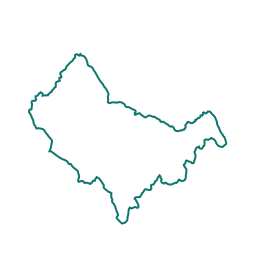 the district of Ikolomani, Western, Kenya, rotated 339°
{"feature_id": "3690345B71377831828194", "entity_name": "Ikolomani", "entity_type": "district", "adm_level": 2, "iso_a3": "KEN", "parent_name": "Kenya", "parent_adm1": "Western", "projection": "equal_earth", "projection_center": [34.717, 0.194], "detail": "fine", "context": "isolated", "style": "outline", "palette": "teal", "viewbox_px": 256, "rotation_deg": 339, "n_neighbors": 0, "source": "geoboundaries", "source_scale": "gbopen_adm2", "svg_char_len": 5835}
<svg xmlns="http://www.w3.org/2000/svg" viewBox="0 0 256 256"><g transform="rotate(339 128 128)"><path d="M87.2,213.3L88.2,215.0L89.1,215.1L90.2,215.3L91.2,215.3L92.2,215.0L93.8,214.2L94.6,213.3L95.2,212.2L95.6,210.9L96.4,210.1L97.2,208.9L98.5,206.2L99.5,204.4L100.2,203.6L101.2,202.9L102.1,204.2L103.1,204.4L104.0,204.3L104.9,204.2L105.6,204.2L106.5,204.5L107.2,205.0L107.9,205.8L109.0,205.9L109.6,205.3L110.0,204.3L110.0,202.0L109.9,200.7L109.7,199.3L109.4,197.9L108.8,196.4L110.0,195.5L110.9,195.6L111.8,196.0L113.1,196.2L114.2,196.7L115.0,196.3L116.0,195.4L117.2,194.7L117.8,193.8L118.7,193.6L119.4,193.2L121.4,191.6L122.2,191.3L124.9,193.1L126.7,193.9L128.2,192.8L128.5,191.1L129.1,189.6L130.2,189.5L131.1,189.9L132.8,189.2L133.6,188.1L134.5,187.3L135.5,187.4L136.6,186.7L137.3,185.7L137.9,185.0L138.6,184.6L139.5,184.2L140.5,183.5L141.0,184.9L140.5,186.1L140.9,187.0L141.0,188.1L140.3,188.7L139.8,189.8L140.1,191.2L141.0,192.2L141.8,192.8L142.9,192.3L144.1,193.2L145.5,195.1L146.7,195.7L148.0,196.3L151.4,196.2L152.3,196.0L153.4,196.6L154.5,196.2L155.3,195.8L155.9,195.4L156.8,194.5L157.7,195.0L158.1,195.8L158.7,196.5L159.8,196.9L160.9,197.1L161.8,197.0L162.9,196.5L163.8,195.6L164.3,194.7L165.1,192.7L166.7,190.0L167.3,188.8L167.7,187.4L167.2,185.5L166.8,183.4L166.8,182.4L167.6,182.1L168.3,181.9L169.0,181.3L170.2,179.5L171.0,179.3L172.7,181.0L173.8,181.7L174.5,182.6L175.2,183.8L176.3,184.2L177.1,183.8L179.8,180.4L180.4,179.4L181.0,178.2L181.4,176.8L181.3,175.7L181.4,174.4L183.2,172.5L184.0,171.8L184.7,171.0L186.4,170.8L187.6,170.9L187.2,171.8L187.8,172.8L188.5,173.4L189.5,173.8L191.8,172.1L192.8,171.9L193.4,170.9L194.0,169.9L194.4,168.4L194.7,167.2L195.5,166.6L196.9,166.6L198.5,167.8L200.1,167.7L201.1,167.5L202.2,167.2L202.7,167.9L204.1,169.2L204.9,171.2L205.0,172.3L204.9,173.9L205.3,175.2L205.7,176.4L206.3,177.3L207.1,178.2L208.2,178.9L209.5,179.6L210.6,179.2L211.4,178.8L212.9,178.5L213.9,178.0L214.4,177.0L214.7,173.7L214.7,172.3L214.8,171.1L214.1,170.0L214.0,168.4L213.1,165.0L213.0,164.0L212.9,159.8L212.6,158.3L212.6,156.9L212.8,155.6L213.1,154.2L213.3,152.8L213.1,151.8L213.1,149.2L212.3,146.5L211.5,145.3L211.2,144.1L210.4,142.1L209.4,141.7L208.7,141.2L208.0,141.7L206.0,142.3L205.2,141.9L204.6,140.7L203.5,140.6L202.5,142.5L201.8,143.0L201.1,142.4L200.2,142.3L199.5,143.5L198.3,144.1L197.4,143.8L196.7,143.8L196.0,144.4L195.1,144.6L193.9,144.5L193.4,145.9L192.3,145.7L190.5,146.5L188.6,146.1L188.0,145.6L187.4,144.7L186.5,144.1L185.8,143.8L183.4,145.5L182.4,146.0L182.3,147.2L181.9,148.4L180.8,148.8L180.0,149.6L179.2,149.3L178.5,149.5L177.8,149.6L177.1,149.3L176.3,149.1L175.3,149.2L174.2,149.0L172.2,148.3L171.3,147.3L170.9,146.2L170.8,144.8L170.6,143.6L170.0,142.4L168.2,142.0L167.5,141.2L167.0,140.4L166.5,139.2L165.2,137.7L164.7,136.9L163.0,134.7L162.3,134.3L161.2,134.3L160.6,133.6L160.6,132.1L159.3,130.3L158.4,129.5L157.2,127.6L156.5,126.8L155.5,126.6L154.4,125.6L153.2,124.4L152.4,124.0L151.6,123.9L150.6,124.0L148.1,124.4L147.1,123.6L146.7,122.7L145.1,120.6L144.6,119.6L144.2,118.4L142.9,118.1L140.3,118.3L139.5,118.3L139.2,117.3L139.7,116.4L140.6,116.1L141.2,115.2L140.9,113.9L139.6,112.7L137.0,109.8L136.4,109.0L135.7,108.5L134.7,108.2L133.6,107.4L133.2,104.8L132.8,103.7L132.0,102.9L131.4,102.0L130.7,101.6L129.9,101.0L129.0,100.6L127.9,100.7L127.0,100.4L126.1,99.9L125.2,99.7L123.8,98.9L123.0,98.6L122.1,98.3L121.1,98.4L119.3,97.9L118.5,96.8L119.6,94.6L119.9,93.0L120.4,91.6L121.1,90.6L121.7,90.0L122.0,89.0L122.0,87.6L121.7,84.9L121.5,83.7L120.9,81.6L120.3,80.2L120.4,78.7L119.0,74.6L118.2,70.5L117.4,64.6L117.1,63.3L116.6,61.5L116.6,60.1L116.4,59.2L115.9,58.1L114.2,56.4L113.5,55.8L113.2,54.8L113.2,53.6L113.6,52.0L113.6,48.5L113.2,46.6L112.7,45.4L111.7,44.3L110.2,43.5L110.1,41.9L109.3,42.2L108.5,42.9L107.7,42.2L107.1,41.1L106.4,40.7L105.1,40.7L104.4,41.7L104.1,42.9L103.2,43.6L102.1,43.8L100.6,45.2L97.6,46.2L92.9,48.3L92.0,49.5L91.2,50.3L89.8,51.0L88.8,50.9L87.8,51.2L86.8,51.6L85.4,51.8L84.2,52.7L84.2,54.6L84.3,56.3L83.5,56.9L82.6,56.6L81.8,56.6L81.4,57.9L81.2,59.5L79.2,59.3L78.2,59.4L77.1,59.7L76.3,60.7L76.1,61.9L75.7,62.8L75.1,63.8L74.1,63.9L73.5,64.4L72.6,64.7L71.8,65.3L71.0,65.5L70.3,66.0L69.8,66.8L69.0,66.7L68.2,67.0L67.4,67.5L66.6,67.6L65.7,67.9L65.1,68.8L62.9,68.1L62.0,67.7L59.8,67.2L60.4,66.3L60.5,65.4L60.0,64.3L59.2,63.4L58.1,63.9L57.2,63.9L56.2,64.9L55.2,65.3L54.0,65.4L53.1,65.3L52.4,67.4L52.3,68.8L51.2,69.2L50.2,69.2L49.6,68.7L48.5,68.4L47.4,69.0L47.0,70.1L47.0,71.5L46.4,72.6L45.8,73.5L44.9,75.6L44.2,76.0L42.7,75.6L41.9,76.4L41.2,77.5L41.6,78.9L41.9,80.5L42.1,82.3L41.9,83.2L42.0,84.4L42.2,85.7L42.2,87.1L41.6,89.9L41.7,91.4L42.0,92.5L42.2,93.8L42.2,95.4L42.9,95.9L44.0,96.0L45.3,96.6L46.1,97.1L48.0,98.5L48.7,99.4L49.4,102.1L49.7,103.7L50.3,105.0L50.6,106.2L50.9,107.6L52.0,110.3L52.3,111.4L52.5,112.6L52.2,113.6L51.5,114.5L50.7,115.7L50.2,116.7L49.6,117.7L47.3,120.7L46.3,121.6L47.7,122.2L48.4,123.1L51.2,127.6L53.0,130.3L54.9,132.8L55.6,133.6L57.4,135.0L57.9,135.8L58.7,136.6L59.4,137.9L59.8,140.0L60.3,140.7L61.3,140.8L61.9,141.9L62.1,143.2L62.5,144.4L63.0,145.5L65.6,149.8L65.5,151.2L65.4,152.1L65.2,154.5L65.0,155.7L64.5,156.6L63.6,157.5L63.1,158.3L62.6,159.3L62.6,160.5L63.6,160.8L64.5,160.7L66.6,161.1L67.3,162.1L67.4,163.2L68.1,164.0L68.9,163.9L69.8,164.3L71.0,165.1L72.0,166.1L72.8,166.7L74.0,165.9L75.0,166.0L76.4,164.7L78.2,165.4L78.8,164.2L79.6,163.8L80.4,163.3L81.1,162.6L81.7,163.2L83.2,165.3L83.8,167.6L84.1,168.5L84.3,170.0L84.9,172.4L84.6,173.5L84.0,174.6L84.2,175.8L84.7,176.9L86.1,179.1L86.6,180.2L87.2,180.7L87.9,181.5L88.6,181.9L89.2,182.8L88.7,183.6L88.3,184.5L88.1,185.6L87.4,186.9L87.7,188.0L87.7,189.2L87.0,190.3L86.7,191.4L87.0,192.6L87.6,193.8L87.6,194.9L87.9,195.9L88.0,196.8L87.7,197.9L87.6,202.1L87.7,204.5L87.6,205.7L86.7,206.3L85.9,206.8L85.2,207.8L85.3,208.7L87.2,213.3Z" fill="none" stroke="#0f766e" stroke-width="2"/></g></svg>